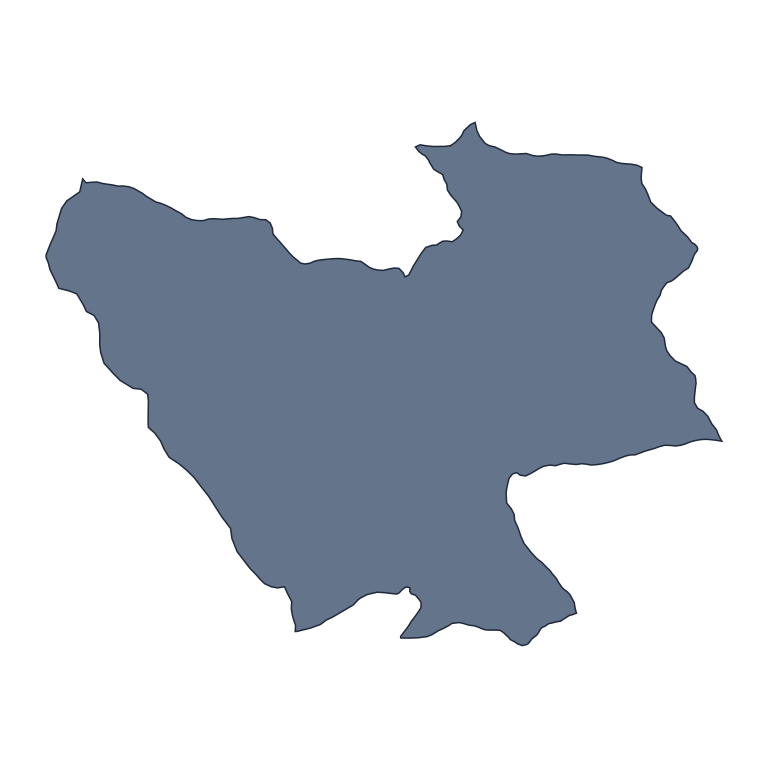 outline of Trashiyangtse, Tashi Yangtse, Bhutan
{"feature_id": "84629894B34864763924152", "entity_name": "Trashiyangtse", "entity_type": "district", "adm_level": 2, "iso_a3": "BTN", "parent_name": "Bhutan", "parent_adm1": "Tashi Yangtse", "projection": "mercator", "projection_center": [91.488, 27.563], "detail": "fine", "context": "isolated", "style": "filled", "palette": "slate", "viewbox_px": 768, "rotation_deg": 0, "n_neighbors": 0, "source": "geoboundaries", "source_scale": "gbopen_adm2", "svg_char_len": 5351}
<svg xmlns="http://www.w3.org/2000/svg" viewBox="0 0 768 768"><path d="M82.7,178.9L79.7,191.9L66.9,200.8L61.6,208.3L56.9,224.0L56.1,230.8L49.9,245.1L46.1,254.9L46.1,257.4L48.5,263.4L49.9,269.4L56.1,282.2L58.8,288.3L68.7,290.8L76.7,293.8L83.3,304.8L86.4,311.5L94.1,315.5L98.6,323.0L99.8,333.9L99.7,344.5L100.7,352.7L104.1,363.3L113.1,373.3L120.1,380.4L133.0,388.3L141.4,389.3L147.7,394.3L148.4,401.0L148.2,412.0L148.1,423.3L148.4,427.5L155.0,433.3L160.6,441.1L164.0,448.9L169.2,457.4L178.6,463.5L187.0,470.5L193.9,477.3L199.1,484.1L208.8,496.5L222.0,517.2L230.6,528.5L231.9,538.4L237.1,551.6L249.9,568.3L256.8,575.4L259.9,579.1L264.5,583.6L271.3,586.8L277.6,587.9L284.5,586.8L287.5,593.5L289.9,598.0L291.7,601.5L291.3,609.0L292.4,615.0L293.4,619.1L295.6,625.4L295.2,631.5L297.2,631.4L310.4,628.1L320.4,624.5L326.3,620.1L332.4,617.2L338.4,613.7L349.8,607.0L352.8,605.3L355.2,602.9L358.0,599.9L360.8,597.8L367.3,594.5L377.2,592.2L385.9,592.8L391.3,593.5L396.7,594.1L399.1,592.9L402.7,589.2L406.1,586.9L410.0,587.8L409.7,591.4L411.3,593.8L415.5,595.3L418.6,598.8L421.1,602.5L420.9,607.8L417.1,613.6L415.1,616.4L412.5,619.8L411.0,621.8L409.3,624.7L407.4,627.5L406.0,629.4L400.6,636.4L400.8,638.0L409.0,638.1L417.9,637.8L427.2,636.6L432.3,634.5L438.2,630.8L443.7,628.3L448.4,625.8L452.2,623.3L459.4,622.6L463.2,623.4L467.9,624.9L470.7,625.4L473.6,625.7L474.9,626.0L476.9,626.7L479.3,627.5L480.8,628.3L482.3,628.9L485.2,629.8L489.2,630.1L495.9,630.1L499.9,630.3L502.2,631.7L504.3,633.3L506.0,635.0L506.7,635.6L508.9,637.7L510.3,639.6L514.0,641.4L515.9,642.7L517.6,643.9L518.8,644.3L522.2,645.6L526.4,644.6L528.3,643.6L531.7,639.1L533.4,637.6L535.8,636.0L537.4,634.4L540.5,629.2L541.9,627.6L545.0,626.2L547.1,624.8L548.6,623.7L549.8,623.4L551.9,623.1L553.5,622.5L556.3,621.9L558.4,621.5L560.6,621.2L563.0,619.5L566.5,617.3L569.4,615.4L572.4,614.7L573.4,614.4L575.5,613.5L576.5,613.2L576.1,612.0L575.1,608.1L574.3,602.9L573.7,601.4L571.8,598.1L570.2,595.0L567.6,592.1L563.9,589.3L561.9,587.3L558.5,582.4L558.0,581.5L556.5,578.7L552.4,573.9L549.7,570.2L546.3,567.1L541.8,562.3L537.2,559.0L531.2,552.5L524.1,543.5L521.0,536.6L518.2,528.3L514.7,520.4L514.1,514.3L511.3,508.8L506.7,503.0L506.1,493.5L506.6,489.1L507.7,483.8L509.0,478.5L512.4,474.0L516.7,472.6L520.0,475.1L525.5,476.0L530.3,473.7L534.8,471.1L539.1,468.5L543.5,466.3L549.7,465.1L555.7,465.7L560.2,464.2L564.5,463.2L569.6,463.9L576.2,464.5L581.9,463.7L586.5,464.2L590.7,465.0L596.2,464.7L602.9,463.7L608.0,462.5L613.3,461.0L619.4,458.4L625.1,456.2L629.9,455.0L635.3,454.8L639.8,453.1L644.6,451.3L649.6,449.8L654.2,448.5L659.2,446.7L664.5,445.3L669.6,445.4L675.6,446.0L681.2,445.2L686.1,443.6L691.1,441.6L697.5,440.1L702.0,439.5L706.7,439.3L711.0,439.7L715.7,440.2L721.9,441.2L720.3,438.6L718.2,434.3L716.5,429.8L711.8,423.9L707.9,416.4L703.0,411.3L697.7,408.3L694.4,402.7L694.4,397.4L695.1,390.9L695.6,386.2L696.1,383.4L695.8,381.1L695.7,378.7L694.9,375.4L691.3,372.2L686.9,366.5L679.5,363.0L675.2,360.9L673.0,358.6L670.0,355.6L666.8,350.7L665.5,346.6L664.2,338.1L661.4,332.8L657.5,328.6L651.5,322.1L651.6,315.2L653.3,309.8L655.2,304.4L657.2,299.8L660.1,295.3L661.3,290.5L663.5,287.1L666.9,282.7L671.5,281.0L674.8,278.7L679.8,274.3L683.6,271.0L688.5,268.0L691.8,261.3L694.3,254.5L697.4,250.4L697.7,248.4L696.8,246.4L694.6,244.1L691.7,242.6L687.9,237.3L685.8,235.2L681.1,230.9L678.0,225.8L674.1,220.4L670.5,215.9L666.5,215.3L661.8,211.8L656.8,208.0L650.8,202.1L647.7,194.1L645.5,189.1L641.8,183.4L641.1,177.8L641.8,169.8L642.0,167.5L636.3,165.0L631.1,164.2L625.0,163.7L620.9,163.3L616.9,162.5L611.5,159.9L607.4,158.3L602.8,157.2L598.1,156.7L593.9,156.2L588.2,155.1L582.8,155.0L577.0,155.0L572.9,154.8L568.6,154.8L562.9,155.0L556.6,154.1L551.6,154.1L545.3,155.5L541.3,156.0L537.1,156.2L532.1,155.4L526.4,153.5L520.7,153.8L515.2,154.1L509.7,153.6L505.8,152.3L500.7,149.7L494.8,146.9L489.6,145.8L485.1,143.4L482.3,139.8L479.6,136.4L476.8,130.3L475.1,122.4L470.4,124.6L464.0,130.6L461.9,135.1L459.3,138.4L454.9,142.7L450.4,145.7L444.5,146.4L439.9,146.4L434.0,146.5L429.7,146.2L425.6,145.7L420.0,144.8L415.4,147.0L418.6,151.2L421.8,153.9L425.4,156.0L428.8,160.4L429.4,162.2L433.8,169.4L439.0,172.5L442.6,174.5L444.2,179.6L446.8,184.2L447.4,189.9L450.3,194.6L453.0,197.8L456.8,202.1L459.0,205.8L461.6,211.3L460.9,216.9L457.3,221.5L459.3,226.1L463.1,230.0L460.7,235.0L456.7,238.7L452.4,241.7L446.8,241.0L442.7,241.2L437.9,244.0L437.1,245.0L432.0,245.3L425.7,247.5L421.0,253.7L413.3,266.1L408.9,274.8L405.2,277.0L403.0,272.6L399.0,268.4L394.2,268.0L389.9,268.8L383.4,270.4L377.4,270.0L373.2,269.0L369.4,267.4L364.4,263.8L361.0,261.4L355.5,260.8L350.2,259.8L345.9,259.2L341.4,258.7L337.1,258.5L331.9,258.8L327.4,259.2L323.4,259.6L319.0,260.1L313.9,261.4L310.1,263.2L304.9,264.0L300.4,263.0L297.1,260.1L293.7,257.4L289.7,253.4L286.0,249.0L282.4,244.9L279.7,241.7L276.9,238.7L272.9,233.8L272.4,228.3L270.2,223.0L265.7,219.7L260.0,219.6L254.2,217.6L248.9,216.6L243.4,217.5L238.0,218.4L233.2,218.4L227.5,218.8L223.2,219.3L218.1,219.0L213.7,218.7L208.7,219.0L203.4,220.6L197.4,220.6L191.4,219.6L185.9,217.3L181.5,213.7L175.9,210.8L171.1,207.9L165.9,205.4L161.0,203.4L155.7,201.9L150.9,199.0L146.0,196.1L142.6,193.4L139.1,191.4L133.9,188.5L128.7,186.7L122.9,186.0L117.8,186.1L111.9,184.8L107.8,184.3L102.7,183.5L97.1,182.0L91.3,182.3L86.1,182.8L82.7,178.9Z" fill="#64748b" stroke="#1e293b" stroke-width="1.5"/></svg>